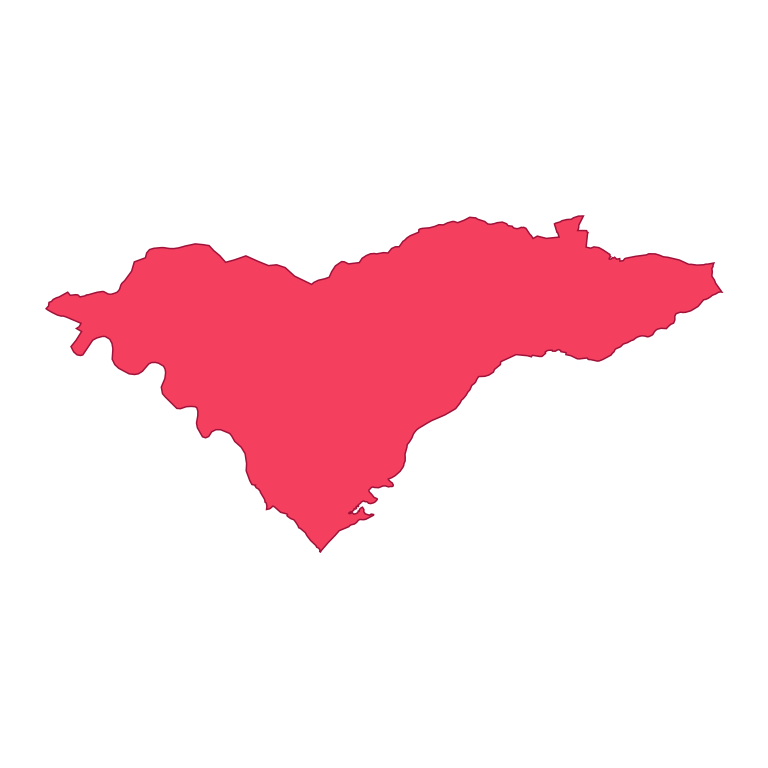 Valea Lunga, Alba, Romania
{"feature_id": "2599482B95544778278344", "entity_name": "Valea Lunga", "entity_type": "district", "adm_level": 2, "iso_a3": "ROU", "parent_name": "Romania", "parent_adm1": "Alba", "projection": "natural_earth1", "projection_center": [24.097, 46.129], "detail": "fine", "context": "isolated", "style": "filled", "palette": "rose", "viewbox_px": 768, "rotation_deg": 0, "n_neighbors": 0, "source": "geoboundaries", "source_scale": "gbopen_adm2", "svg_char_len": 6097}
<svg xmlns="http://www.w3.org/2000/svg" viewBox="0 0 768 768"><path d="M273.4,506.5L273.7,506.4L274.2,506.6L280.6,512.3L287.0,514.0L287.5,514.6L287.0,515.7L287.7,516.4L290.7,518.6L293.9,519.8L295.8,522.3L298.0,525.7L298.7,527.7L300.3,528.4L305.3,532.6L306.9,535.6L310.7,540.6L315.9,545.5L316.7,547.2L318.3,547.9L319.6,549.3L319.9,550.0L319.7,551.5L320.4,552.0L321.6,550.2L328.0,542.8L335.3,535.2L339.2,530.7L348.8,526.7L350.0,525.4L351.2,524.8L354.5,524.0L356.6,522.4L358.3,520.3L359.8,519.5L363.6,519.7L365.8,519.3L373.4,515.3L373.7,514.9L373.6,514.5L371.4,514.1L371.0,514.2L371.0,514.6L370.2,514.7L369.8,515.3L365.4,513.9L363.8,511.8L363.9,509.5L362.5,507.2L361.3,507.7L359.9,508.9L359.3,510.1L359.3,511.1L358.3,511.0L357.7,512.7L355.8,513.7L353.8,514.1L352.2,512.7L351.3,513.2L349.5,513.7L348.8,513.3L349.2,512.6L350.6,511.8L352.3,511.7L352.7,510.9L353.7,510.3L354.2,508.7L355.1,509.1L356.0,508.8L356.6,507.9L356.5,507.5L355.9,507.2L356.0,506.9L357.6,505.9L358.1,506.5L358.4,506.5L358.6,505.9L358.2,505.2L358.3,504.8L360.6,503.1L361.1,502.2L363.1,501.1L363.9,501.0L365.1,501.7L366.6,501.7L367.7,502.2L368.4,503.2L370.7,503.6L373.8,502.7L375.1,501.9L376.7,500.3L377.3,499.2L377.1,498.7L374.1,497.4L371.2,493.8L369.8,492.5L368.9,491.0L368.9,490.1L371.6,487.3L372.5,487.0L374.7,487.5L378.7,487.7L382.9,486.0L385.4,485.9L388.5,486.9L390.2,486.5L392.2,486.5L393.0,486.1L393.3,485.0L392.2,482.9L390.6,481.8L388.5,479.8L388.2,479.1L391.7,477.7L395.1,475.7L400.1,471.3L403.0,467.1L403.7,465.6L404.0,463.5L405.1,461.1L405.2,457.6L405.0,454.2L406.9,447.3L407.2,444.7L409.5,441.8L411.8,438.1L413.4,434.1L414.5,432.4L416.6,429.9L418.8,428.2L427.4,423.0L431.7,420.6L444.9,414.9L455.6,408.7L459.9,403.2L461.7,399.9L463.2,398.7L466.1,395.2L467.8,392.2L469.9,389.8L471.8,385.5L472.7,384.6L474.1,383.7L475.7,381.9L476.7,379.5L478.6,376.6L484.9,376.3L489.0,375.0L493.4,372.1L494.5,369.4L500.2,364.8L500.5,364.1L500.6,362.3L501.2,361.5L516.1,354.6L527.4,355.7L531.4,356.8L532.0,355.7L532.6,355.3L539.7,356.5L542.0,356.4L545.2,353.7L545.6,353.1L545.2,352.4L545.2,352.1L547.1,350.7L548.5,350.3L551.7,350.2L552.1,350.2L552.4,351.1L555.4,351.2L555.9,351.0L556.3,350.4L558.7,349.6L560.3,350.4L561.0,351.1L560.9,351.6L561.1,351.7L566.0,352.6L566.1,353.2L565.9,354.6L570.9,355.7L577.3,358.8L579.3,358.9L586.9,358.0L587.4,358.2L588.0,359.2L588.9,359.6L590.6,359.6L597.4,361.1L599.3,360.9L602.8,359.5L611.0,355.1L612.4,353.2L613.9,351.9L615.3,349.1L620.6,346.7L623.1,344.1L627.6,342.6L631.0,340.7L633.6,339.8L635.3,338.3L637.1,337.2L639.8,336.2L642.1,335.8L645.0,336.1L647.3,336.8L649.0,336.6L652.1,335.1L653.1,334.1L654.4,331.7L656.2,329.9L657.7,329.1L661.0,328.3L666.4,328.6L668.3,326.5L670.8,324.3L673.6,323.1L674.9,319.9L674.8,316.1L676.2,313.6L680.0,312.3L681.3,312.2L682.6,312.5L685.6,312.3L690.8,310.8L698.0,306.5L703.6,299.8L705.7,299.4L708.2,298.3L710.5,296.8L712.1,295.4L716.0,293.8L718.0,292.5L720.1,291.9L721.9,292.1L715.4,282.9L715.1,281.7L714.2,279.7L712.0,276.4L711.9,275.3L712.3,271.8L711.9,268.4L713.0,266.7L713.0,265.2L713.9,263.0L707.9,264.1L705.5,264.2L703.7,264.8L696.9,265.1L691.0,264.3L688.9,264.4L679.3,260.0L667.9,257.3L663.3,256.8L659.8,255.3L655.3,253.9L648.7,253.8L646.4,254.9L635.7,256.3L626.0,258.2L624.7,258.7L623.2,260.6L620.0,261.2L619.7,258.6L616.7,259.2L614.6,257.2L613.4,258.0L612.5,257.7L610.8,259.2L609.3,259.2L609.2,258.1L610.7,256.6L610.0,255.9L609.7,255.0L609.9,254.5L603.0,249.9L598.9,247.6L593.9,246.9L590.7,248.2L586.1,247.1L587.5,233.9L588.0,232.5L587.2,232.2L586.6,230.6L577.7,230.5L578.7,227.9L578.8,225.2L583.4,216.0L578.5,216.1L573.4,217.8L571.3,219.3L567.0,219.5L562.0,220.7L560.1,221.9L555.6,223.2L554.4,223.9L557.0,232.4L557.6,232.4L559.1,237.1L546.4,238.4L537.3,236.1L533.1,238.5L531.3,235.7L529.8,234.2L525.9,228.3L523.7,227.3L522.7,227.6L521.3,227.3L519.0,228.3L516.9,228.7L513.5,227.9L512.2,226.2L508.6,225.8L507.6,225.2L506.7,223.8L502.3,222.1L497.1,222.7L494.4,223.6L490.8,224.3L487.8,224.0L484.8,221.5L477.4,219.1L475.8,217.9L469.7,217.3L464.2,220.2L457.6,222.7L454.1,221.5L452.4,221.5L447.4,222.9L443.3,224.9L438.9,224.7L434.8,226.4L429.5,227.8L422.2,228.4L420.1,228.9L418.9,229.6L418.7,232.2L410.3,235.7L407.2,237.7L404.4,240.5L403.0,241.3L399.2,246.7L395.4,246.8L391.6,248.5L388.0,253.0L383.6,252.6L376.4,253.9L374.3,253.5L370.5,253.8L366.4,255.5L362.1,258.3L359.3,262.6L348.5,263.9L344.3,261.8L341.6,261.6L335.4,265.9L331.7,271.6L329.2,277.2L324.7,278.8L318.5,280.2L313.9,282.4L311.6,284.4L294.5,276.1L285.2,267.6L276.7,264.8L268.5,265.6L258.4,261.5L245.9,255.9L234.1,260.0L225.6,262.3L219.6,255.5L213.8,250.7L209.1,245.6L202.6,244.6L195.2,243.9L185.4,246.0L178.6,247.9L173.7,248.6L169.4,248.5L163.4,247.6L161.4,247.6L153.8,248.3L149.5,249.6L146.7,252.9L145.4,257.8L134.3,261.9L131.6,271.2L124.8,280.5L121.8,283.4L120.9,285.0L119.7,288.8L119.0,290.1L117.4,292.0L115.3,293.0L111.4,294.2L109.7,294.2L108.2,294.0L103.7,291.6L102.4,291.5L97.0,292.3L88.5,294.7L86.3,295.0L84.9,295.9L80.0,296.9L77.8,294.9L75.7,294.7L70.2,295.3L67.7,292.2L58.8,297.1L56.6,297.7L53.1,299.5L51.6,301.4L49.0,302.4L48.6,305.9L46.1,308.7L47.4,309.7L52.2,312.5L57.3,315.0L61.2,316.1L63.0,316.0L66.0,316.9L81.0,323.3L80.1,325.1L79.0,326.8L76.4,328.5L81.6,331.5L76.2,340.1L71.0,346.6L73.7,351.9L77.0,354.8L80.4,355.5L82.8,354.9L92.7,340.2L96.7,338.0L102.5,336.4L105.3,336.5L109.8,339.2L112.0,343.5L112.9,349.0L112.2,359.2L114.8,364.6L118.7,368.3L129.0,373.8L134.6,374.5L138.4,373.8L142.4,371.3L148.8,363.9L151.4,362.6L155.3,362.4L158.6,363.2L163.6,366.2L165.2,369.4L165.6,372.9L164.9,378.5L161.3,387.1L162.5,393.7L165.2,396.9L176.8,408.4L180.4,408.7L186.3,406.7L191.1,406.4L195.1,406.7L196.8,407.7L197.9,411.3L197.8,415.7L196.5,423.0L197.4,427.8L202.5,436.8L205.6,437.8L208.7,436.5L211.7,431.8L215.9,429.7L220.6,429.7L229.6,433.4L231.6,435.8L234.7,441.4L241.2,447.2L245.1,453.6L246.6,463.6L246.2,470.8L249.8,480.6L251.9,484.5L255.3,485.2L254.9,485.6L256.2,487.7L258.7,489.2L259.4,490.4L260.2,491.1L260.4,492.3L264.4,499.0L265.0,500.8L264.9,501.9L266.3,503.1L266.9,506.2L266.5,509.5L269.6,508.8L270.7,508.1L272.8,506.1L273.4,506.5Z" fill="#f43f5e" stroke="#9f1239" stroke-width="1.5"/></svg>